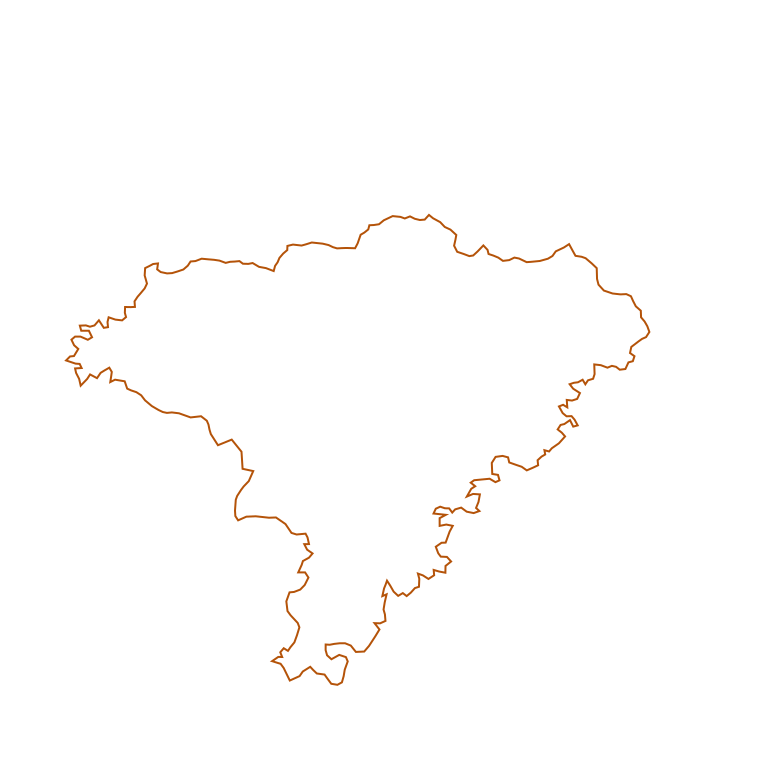 Faxinal, Paraná, Brazil, rotated 327°
{"feature_id": "56859067B81373422903240", "entity_name": "Faxinal", "entity_type": "district", "adm_level": 2, "iso_a3": "BRA", "parent_name": "Brazil", "parent_adm1": "Paraná", "projection": "mercator", "projection_center": [-51.3, -24.003], "detail": "fine", "context": "isolated", "style": "outline", "palette": "amber", "viewbox_px": 768, "rotation_deg": 327, "n_neighbors": 0, "source": "geoboundaries", "source_scale": "gbopen_adm2", "svg_char_len": 4822}
<svg xmlns="http://www.w3.org/2000/svg" viewBox="0 0 768 768"><g transform="rotate(327 384 384)"><path d="M131.8,207.0L131.1,213.7L128.7,220.2L137.8,218.1L142.7,215.9L146.5,222.8L152.4,220.3L156.9,220.4L162.5,220.7L162.3,225.6L159.6,228.7L155.5,233.3L160.8,233.9L168.0,240.5L166.1,248.0L168.4,251.6L171.9,256.0L174.2,261.2L174.7,267.6L177.3,276.1L180.7,282.9L183.2,287.0L186.2,290.0L190.6,292.3L196.1,296.9L203.6,306.7L213.0,311.4L215.4,318.3L214.7,322.4L212.8,327.2L211.5,331.7L211.4,344.9L226.0,347.7L227.6,363.2L222.2,372.8L219.2,378.1L226.9,385.8L217.7,391.8L210.5,393.5L206.4,395.0L199.9,397.9L196.7,400.3L190.1,409.0L187.4,413.8L187.4,418.9L196.3,420.3L204.4,425.1L214.7,433.5L220.7,437.1L225.1,447.8L225.3,458.5L228.7,462.6L236.7,466.8L236.3,471.0L233.9,477.4L229.9,474.9L229.3,481.1L231.8,487.2L226.5,488.8L219.6,488.3L216.4,490.9L209.5,495.3L215.2,499.0L215.2,505.2L208.0,509.4L201.8,510.8L195.3,509.4L191.3,507.3L183.7,513.1L179.4,521.9L179.7,527.2L181.5,537.4L180.5,542.0L174.2,547.3L168.1,551.9L162.1,553.8L158.1,555.5L156.0,551.0L150.9,552.5L149.9,557.5L146.7,555.3L139.2,555.5L144.9,562.4L145.2,567.5L143.5,581.4L154.1,583.0L159.3,580.9L168.1,581.0L168.8,585.1L170.0,590.2L175.9,595.3L176.1,600.2L176.5,606.7L181.1,610.9L186.2,611.3L191.0,607.1L195.5,602.2L202.5,596.9L203.3,592.3L198.9,586.8L190.0,586.2L188.5,580.5L190.1,575.4L193.2,570.7L196.4,573.1L200.8,574.9L205.6,577.3L210.2,580.3L213.7,585.3L214.5,593.4L221.7,597.6L228.8,595.5L239.2,590.9L246.5,587.4L245.8,579.4L250.4,582.6L256.2,583.5L259.3,577.7L260.8,572.9L265.7,567.5L271.6,561.8L267.1,561.0L272.7,555.5L276.0,553.2L279.4,550.6L279.4,556.4L279.0,563.4L280.5,569.4L285.9,569.6L287.5,574.2L292.8,573.6L298.8,572.0L302.9,573.1L307.5,566.6L309.2,561.5L312.4,565.7L315.1,571.7L321.9,571.7L324.4,567.0L328.0,571.2L332.7,575.7L336.5,570.1L343.6,569.4L342.6,563.3L337.6,559.7L337.3,555.5L338.8,548.7L345.8,548.5L349.3,550.6L358.7,543.5L364.4,540.4L359.7,535.8L353.4,533.3L357.6,526.8L364.6,527.4L355.0,519.6L359.5,516.8L364.3,517.5L367.4,521.4L370.9,523.8L371.2,529.0L375.4,527.9L381.4,529.7L383.8,536.1L388.9,541.1L394.8,542.5L393.7,538.1L399.0,534.4L404.3,528.8L398.8,524.7L392.2,523.5L400.1,519.4L404.8,519.4L403.0,514.0L407.2,513.8L421.0,521.0L424.0,527.0L428.4,527.7L430.1,522.3L425.8,518.4L431.4,508.9L437.9,505.9L444.3,508.9L448.1,513.1L446.3,518.0L451.0,524.1L454.4,528.4L456.7,534.2L463.2,535.3L469.0,536.1L471.3,531.6L476.6,530.7L480.8,530.9L482.5,526.9L485.7,530.5L489.7,529.3L498.4,529.0L507.3,526.6L506.6,521.6L504.9,516.7L509.8,514.5L513.4,515.8L520.3,515.6L519.5,522.8L523.9,524.2L524.4,517.7L523.8,513.1L519.5,510.5L518.0,505.7L518.5,498.1L522.9,499.0L525.0,503.4L528.6,496.9L532.7,500.3L537.9,501.7L543.4,498.3L540.1,491.0L539.6,485.3L543.9,486.4L547.6,488.2L552.9,488.6L552.7,493.9L557.1,492.0L562.2,493.5L566.0,490.4L571.0,482.1L576.1,486.3L580.3,492.0L585.0,492.9L588.0,496.0L589.5,500.4L594.6,502.9L600.8,499.0L605.1,500.4L609.2,497.1L607.2,492.0L611.6,487.6L620.7,486.9L625.0,486.7L629.3,487.4L634.9,484.9L636.3,479.0L636.6,473.5L635.9,468.1L639.3,462.4L637.5,456.0L638.1,450.1L638.9,444.9L636.2,440.6L631.1,437.6L625.0,432.6L619.3,425.4L618.0,417.5L619.9,411.9L625.5,402.7L623.9,396.0L621.6,388.3L619.0,384.9L614.4,380.8L614.8,375.0L615.4,367.5L609.2,367.5L600.3,366.3L595.0,368.4L589.7,368.2L581.7,365.7L573.8,361.6L570.0,359.5L565.6,352.3L562.2,349.0L556.5,348.3L550.8,345.5L548.7,340.3L545.7,335.9L542.5,331.9L543.9,327.9L542.8,321.9L534.7,323.8L528.8,324.8L525.2,323.2L521.6,318.3L517.4,313.0L518.1,306.2L522.5,301.9L525.8,298.4L523.8,290.7L520.5,285.4L519.3,278.9L515.4,271.7L513.8,266.7L507.7,268.3L503.4,266.0L499.8,262.2L497.1,257.6L491.6,256.5L488.8,252.8L482.7,247.9L473.0,246.6L466.8,247.3L462.0,245.1L458.2,242.9L455.0,245.8L450.0,246.3L445.7,246.1L438.5,251.7L433.7,254.4L426.5,249.4L422.5,247.0L418.5,244.7L415.7,241.4L413.2,237.3L409.0,232.9L400.5,226.0L394.4,224.3L390.3,223.0L383.6,217.5L378.2,215.6L375.8,219.0L370.5,219.7L365.0,221.3L361.0,224.0L357.0,225.6L353.0,229.2L348.1,222.5L343.0,217.7L339.7,211.0L335.7,209.4L331.2,206.3L329.7,202.2L325.3,199.9L321.5,197.7L317.2,196.2L313.2,190.9L309.0,187.2L304.1,183.4L299.3,179.6L292.8,178.2L288.5,175.9L283.9,177.9L278.1,178.7L272.2,177.2L266.7,175.6L262.3,173.1L257.7,168.5L256.2,164.3L260.1,159.8L255.7,157.6L251.7,157.3L246.8,156.7L242.4,162.6L239.9,170.7L235.3,173.5L229.1,175.4L224.9,176.6L219.8,178.8L217.1,183.7L213.2,181.4L208.8,178.4L205.4,183.2L204.1,187.4L199.0,188.0L193.8,183.7L189.4,178.1L185.9,181.4L183.5,186.0L179.6,184.3L179.6,175.3L173.1,177.2L168.6,175.8L165.9,172.5L160.7,169.4L159.1,174.4L165.5,178.6L164.6,185.8L159.7,185.6L155.3,179.0L150.7,176.0L146.0,176.6L145.2,182.7L146.7,188.1L139.2,191.7L135.7,189.9L130.2,191.1L136.4,198.9L139.7,201.4L139.1,205.9L133.4,202.7L131.8,207.0Z" fill="none" stroke="#b45309" stroke-width="2"/></g></svg>